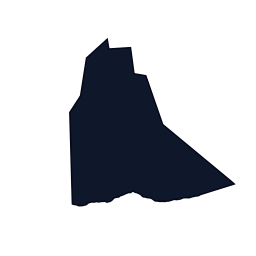 João Costa, Piauí, Brazil (orthographic projection), rotated 249°
{"feature_id": "56859067B8794694572671", "entity_name": "João Costa", "entity_type": "district", "adm_level": 2, "iso_a3": "BRA", "parent_name": "Brazil", "parent_adm1": "Piauí", "projection": "orthographic", "projection_center": [-42.621, -8.552], "detail": "fine", "context": "isolated", "style": "filled", "palette": "ink", "viewbox_px": 256, "rotation_deg": 249, "n_neighbors": 0, "source": "geoboundaries", "source_scale": "gbopen_adm2", "svg_char_len": 1526}
<svg xmlns="http://www.w3.org/2000/svg" viewBox="0 0 256 256"><g transform="rotate(249 128 128)"><path d="M39.6,170.0L39.9,171.9L37.7,207.1L40.7,205.5L78.4,184.3L106.5,168.5L118.8,161.6L149.6,162.6L161.1,163.0L163.0,163.1L164.0,163.1L170.4,163.3L176.5,153.0L202.1,159.1L208.6,138.4L218.3,140.4L208.2,114.4L175.2,95.4L173.2,92.9L171.8,90.9L163.4,79.3L77.1,48.9L76.1,50.0L75.3,51.5L74.4,52.9L73.3,53.9L72.7,55.2L72.2,56.7L71.8,57.9L71.7,59.7L71.4,61.0L71.9,63.0L72.3,63.9L72.2,64.9L72.2,66.1L72.0,67.4L71.6,68.6L71.0,69.8L70.8,71.0L70.8,72.2L69.9,73.3L69.4,74.7L69.1,76.1L68.9,77.2L68.4,78.5L67.9,80.2L67.2,80.9L66.4,81.7L66.2,82.7L66.1,84.0L65.9,85.0L66.1,86.0L66.4,87.0L66.7,87.9L67.4,89.1L67.8,90.5L67.5,91.8L67.5,93.0L67.0,94.0L67.0,94.9L67.3,95.8L67.6,96.7L67.4,98.0L67.4,99.8L67.5,101.1L67.6,102.2L67.6,103.5L67.6,105.2L67.3,106.2L66.8,107.1L67.0,108.2L67.5,109.5L66.9,110.4L66.1,111.1L65.2,111.9L64.7,112.8L64.1,113.6L63.2,114.4L62.1,115.4L61.4,116.1L60.1,116.5L58.8,117.2L58.1,117.9L57.6,119.0L56.7,120.3L56.0,121.2L55.5,122.2L55.1,123.1L54.4,124.2L53.5,125.1L52.6,125.7L51.2,126.5L50.0,127.5L49.5,128.8L49.0,129.8L48.2,131.1L47.5,133.0L46.9,134.6L46.2,136.0L46.0,137.1L45.8,138.3L45.3,139.8L45.1,141.2L45.0,142.6L45.0,144.1L44.9,145.2L44.5,146.3L43.9,147.5L43.4,148.8L43.3,150.3L42.9,151.6L43.0,152.6L43.1,153.6L43.0,154.7L42.7,155.8L42.3,157.0L41.8,158.2L41.3,159.2L41.0,160.3L40.9,161.2L40.9,162.7L40.6,164.5L40.4,166.1L40.1,167.5L39.7,168.7L39.6,170.0Z" fill="#0f172a" stroke="#020617" stroke-width="1.5"/></g></svg>